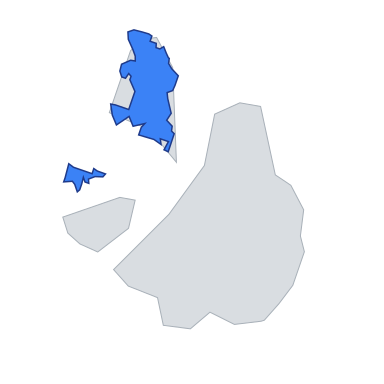 Islands on a map of Hong Kong S.A.R. (Natural Earth projection), rotated 109°
{"feature_id": "HKG-5170", "entity_name": "Islands", "entity_type": "state/province", "adm_level": 1, "iso_a3": "HKG", "parent_name": "Hong Kong S.A.R.", "parent_adm1": "", "projection": "natural_earth1", "projection_center": [113.979, 22.247], "detail": "fine", "context": "in_parent", "style": "filled", "palette": "blue", "viewbox_px": 384, "rotation_deg": 109, "n_neighbors": 0, "source": "natural_earth", "source_scale": "10m", "svg_char_len": 1601}
<svg xmlns="http://www.w3.org/2000/svg" viewBox="0 0 384 384"><g transform="rotate(109 192 192)"><path d="M153.5,100.7L155.0,99.1L172.5,80.6L198.3,75.2L211.9,66.3L247.4,66.3L269.2,73.4L289.7,81.9L291.7,84.6L303.4,108.8L299.8,135.9L321.9,149.0L327.4,175.7L303.1,190.2L301.7,221.6L290.9,240.9L220.7,206.6L162.9,188.9L111.0,195.9L92.1,175.8L88.8,155.0L148.7,118.8L153.5,100.7ZM143.9,296.0L78.4,296.1L64.3,289.6L57.4,275.8L80.6,250.8L169.0,216.4L146.9,252.6L143.9,296.0ZM271.3,296.0L257.8,306.0L220.6,258.5L218.2,243.1L247.0,240.2L279.4,261.6L277.6,281.1L271.3,296.0Z" fill="#d9dde1" stroke="#a8b0b8" stroke-width="1"/><path d="M61.5,304.7L57.6,299.7L56.9,291.2L56.6,284.3L57.6,280.7L63.1,280.7L63.1,274.2L67.2,273.0L67.2,269.0L63.8,266.1L64.1,265.8L68.9,261.7L72.7,258.1L73.1,257.0L78.1,256.0L82.0,251.4L86.6,242.8L96.8,242.8L102.4,243.3L106.1,247.9L111.7,245.3L124.4,237.3L132.4,239.3L136.2,232.2L141.0,231.2L142.7,227.8L161.7,227.6L161.2,232.2L152.0,230.7L152.0,239.3L157.1,236.8L154.7,245.1L155.4,261.0L147.4,261.0L142.6,258.9L149.0,269.1L141.0,276.1L153.2,285.3L145.2,292.4L135.3,297.5L134.6,292.9L134.6,278.7L128.3,278.7L123.1,278.7L115.5,278.7L106.1,287.3L102.4,287.3L100.6,290.4L106.1,291.9L106.1,295.9L101.1,299.6L94.1,300.2L87.4,292.9L86.6,288.3L82.0,289.9L76.4,294.4L68.4,301.9L61.5,304.7ZM219.8,316.6L205.4,317.7L207.2,312.1L207.2,292.4L201.8,292.5L203.0,288.3L203.1,279.7L206.7,281.2L209.0,288.7L213.5,294.1L217.4,292.4L217.4,296.4L213.5,299.5L220.3,298.9L226.5,298.9L229.2,300.5L222.9,305.4L220.8,308.6L224.2,316.6L219.8,316.6Z" fill="#3b82f6" stroke="#1e3a8a" stroke-width="1.5"/></g></svg>